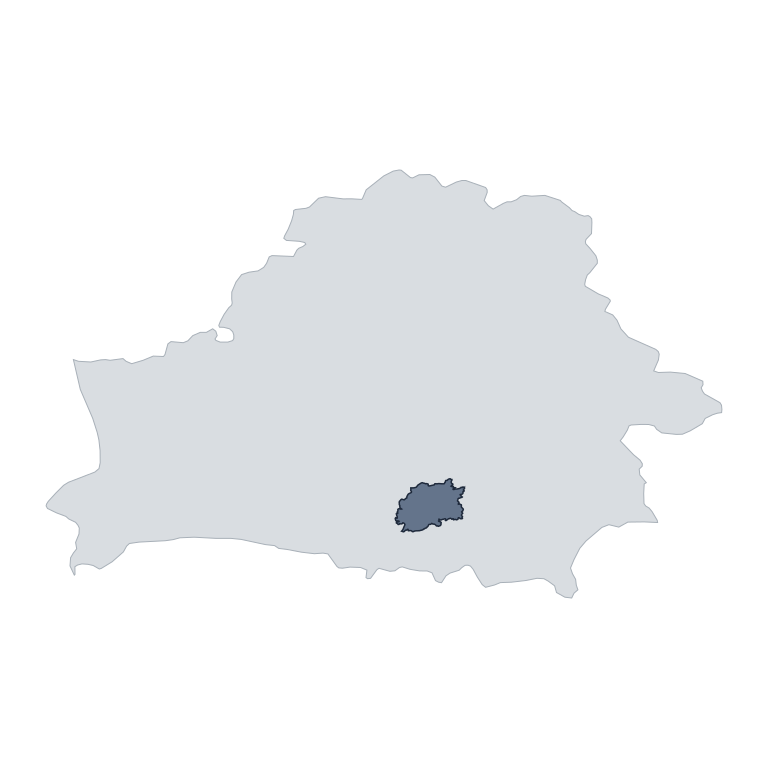 Pyetrykaw, Gomel, Belarus (highlighted)
{"feature_id": "67162791B78152292733501", "entity_name": "Pyetrykaw", "entity_type": "district", "adm_level": 2, "iso_a3": "BLR", "parent_name": "Belarus", "parent_adm1": "Gomel", "projection": "equal_earth", "projection_center": [28.643, 52.294], "detail": "fine", "context": "in_parent", "style": "filled", "palette": "slate", "viewbox_px": 768, "rotation_deg": 0, "n_neighbors": 0, "source": "geoboundaries", "source_scale": "gbopen_adm2", "svg_char_len": 9374}
<svg xmlns="http://www.w3.org/2000/svg" viewBox="0 0 768 768"><path d="M657.6,522.5L644.1,521.9L627.8,522.1L618.8,527.1L608.9,524.7L601.9,527.4L586.0,541.0L579.8,548.3L574.0,559.6L570.5,568.0L572.5,573.8L575.6,579.3L576.3,585.2L577.9,589.8L574.0,593.2L571.7,598.0L564.9,597.2L556.5,592.5L554.6,585.8L548.2,581.1L543.9,578.7L537.0,578.3L525.9,580.5L511.4,582.2L500.4,582.6L494.5,585.0L485.6,587.3L482.2,584.6L477.3,577.0L473.2,569.4L470.5,566.1L468.0,565.2L465.1,565.3L461.7,567.7L459.2,570.2L450.0,573.1L446.0,575.8L441.5,582.7L438.6,582.2L435.5,580.6L432.0,572.8L427.2,571.0L419.6,570.9L410.0,569.3L402.3,566.9L399.5,567.5L394.9,570.8L389.9,571.3L379.0,568.3L376.9,569.7L370.6,578.3L367.6,578.7L366.0,577.6L366.9,570.1L360.6,567.5L350.0,567.1L342.5,568.2L338.8,567.9L336.9,566.4L327.9,553.9L323.0,553.1L314.4,553.7L301.6,552.2L286.8,549.4L278.7,548.4L274.6,545.6L265.5,544.6L241.2,539.4L231.2,538.4L216.6,538.4L194.2,537.2L179.9,537.8L173.2,539.6L165.5,540.7L139.0,542.1L129.4,543.5L126.6,546.1L123.4,551.9L112.1,561.8L101.3,568.4L99.3,569.0L93.2,565.5L88.0,564.3L82.0,563.9L77.6,565.0L74.9,566.7L75.0,574.4L74.3,575.1L70.0,565.9L70.6,557.7L73.4,553.0L76.7,548.8L75.6,542.4L79.0,534.0L79.3,528.0L78.0,525.3L75.6,522.3L68.8,519.0L65.9,516.4L56.6,512.9L47.5,508.5L46.1,505.9L46.6,504.0L48.3,501.3L55.7,493.2L63.6,485.3L68.6,482.2L94.8,472.1L99.0,468.6L100.2,462.7L100.1,450.7L98.9,439.9L97.2,432.4L92.7,418.3L80.3,389.4L73.4,359.6L78.5,361.3L90.8,362.0L100.6,359.9L105.6,359.6L110.1,360.3L123.0,358.6L126.1,361.3L131.7,363.7L143.1,360.3L153.2,356.1L163.5,356.5L165.0,354.5L167.9,343.9L171.0,341.6L183.3,342.7L187.9,340.8L192.8,335.6L200.2,332.4L206.3,332.4L212.7,328.8L215.8,331.2L217.2,335.6L215.0,339.0L215.9,340.4L220.2,342.1L227.8,342.1L232.6,340.6L233.8,338.6L233.8,335.0L232.7,331.7L229.6,328.8L223.6,327.3L219.5,327.2L218.8,325.4L220.3,321.5L224.2,314.2L228.8,307.7L231.6,305.2L232.2,303.0L231.7,299.0L231.8,292.0L236.0,282.0L241.6,274.6L249.0,272.2L258.0,270.9L263.7,267.4L266.6,263.3L269.2,256.9L272.0,255.6L293.5,256.5L296.9,250.1L298.7,248.3L302.9,246.5L305.8,244.2L304.7,242.5L299.3,241.3L286.4,240.4L283.8,238.3L284.7,235.7L288.2,229.2L291.6,220.8L293.4,214.4L293.7,210.5L295.5,209.5L306.0,208.3L309.5,207.0L318.6,198.2L325.5,196.7L343.2,198.9L351.3,198.8L361.7,199.4L362.5,198.5L366.2,189.8L383.8,175.9L393.2,171.1L399.1,170.0L401.2,170.2L410.5,177.6L412.7,177.9L419.0,174.8L429.8,174.5L434.8,177.1L441.9,186.1L445.6,187.2L456.2,182.1L461.9,180.5L465.8,180.5L485.6,187.5L487.1,189.8L487.2,192.4L484.2,200.6L488.3,205.7L493.1,209.1L503.3,203.4L507.1,201.8L511.2,201.8L516.6,199.7L520.6,196.5L524.4,195.4L531.7,196.2L544.9,195.4L560.3,200.4L561.6,201.9L569.4,207.7L572.1,210.6L574.7,211.6L578.8,214.4L584.3,216.2L588.1,215.6L589.9,216.6L591.7,218.8L591.9,222.6L591.5,233.6L586.1,239.3L585.4,241.3L585.7,243.7L590.1,248.5L595.9,255.8L597.3,260.1L597.3,263.3L589.8,272.7L587.3,275.0L585.6,279.6L584.7,284.3L585.3,286.3L598.3,293.9L607.9,298.0L610.1,300.0L610.3,301.2L605.4,309.3L604.9,311.5L612.7,314.9L617.0,320.2L620.9,328.9L628.4,337.2L655.8,349.4L658.3,351.6L659.2,354.2L658.4,360.0L653.7,370.9L658.4,372.5L670.4,372.1L685.1,373.5L702.8,381.2L703.0,384.7L701.2,387.8L702.5,391.2L704.5,394.0L720.0,402.7L721.5,405.2L721.9,409.5L721.6,412.6L717.4,413.2L712.7,414.7L705.2,418.4L702.3,423.7L690.1,430.9L682.5,434.2L676.4,434.4L661.8,432.9L656.6,429.3L654.4,426.0L648.8,424.5L641.3,424.4L631.1,425.0L629.0,425.9L627.4,430.0L623.2,436.9L620.2,440.8L633.4,454.6L640.1,460.2L642.3,463.7L642.2,466.2L639.2,469.1L639.8,474.9L646.3,482.7L644.2,483.9L643.7,493.4L644.0,503.6L645.7,506.0L649.2,508.1L652.2,511.8L657.2,520.3L657.6,522.5Z" fill="#d9dde1" stroke="#a8b0b8" stroke-width="1"/><path d="M424.5,528.9L424.6,528.7L425.0,528.4L425.2,528.2L425.6,528.1L426.1,528.0L426.4,527.9L426.8,527.5L426.8,527.3L427.4,526.8L427.8,526.5L428.0,526.2L428.2,525.8L428.4,525.5L428.5,525.1L428.6,524.8L428.9,524.5L429.3,524.4L429.8,524.4L430.3,524.4L430.6,524.3L430.9,524.2L431.1,524.0L431.4,523.7L431.6,523.5L431.8,523.4L432.2,523.6L432.5,523.8L432.7,524.0L433.3,524.1L433.8,524.1L434.5,524.2L435.2,524.6L435.8,525.1L436.0,525.4L436.4,525.9L436.8,525.9L437.3,525.9L437.7,525.9L438.0,526.2L438.4,526.3L438.8,526.2L439.1,526.0L439.5,525.8L439.9,525.8L440.4,525.5L440.7,525.2L440.8,524.8L441.0,524.5L441.0,524.0L440.9,523.7L441.0,523.3L441.2,523.0L441.2,522.6L441.0,522.3L440.6,522.0L440.2,521.7L439.4,521.6L438.7,521.3L438.6,521.1L439.0,520.9L439.1,520.7L439.1,520.3L439.0,520.0L438.9,519.7L438.9,519.2L439.2,519.2L439.7,519.4L440.1,519.8L440.3,520.0L440.9,520.0L441.3,519.9L441.6,519.7L442.3,519.4L443.2,519.3L443.8,519.1L444.2,519.0L444.7,518.8L445.0,518.7L445.5,518.9L445.7,519.3L445.8,519.6L445.6,520.0L445.4,520.3L445.8,520.6L446.4,520.4L446.7,520.1L447.3,519.7L447.8,519.3L448.2,519.0L448.6,518.7L449.3,518.7L450.0,518.3L450.6,518.3L451.0,518.5L451.4,518.9L451.5,519.1L451.9,519.2L452.2,519.1L452.5,518.9L452.8,518.7L453.3,518.8L453.4,519.0L453.4,519.6L453.6,519.8L454.1,519.7L454.3,519.6L454.7,519.4L455.1,519.4L455.5,519.4L455.8,519.5L456.0,519.7L456.3,519.8L456.8,519.8L457.2,519.6L457.5,519.5L457.9,519.3L458.0,519.1L458.1,518.8L458.1,518.4L458.2,518.0L458.6,517.7L459.2,517.8L459.6,518.1L460.0,518.4L460.2,518.7L460.5,518.7L461.1,518.7L461.5,518.8L461.9,518.7L462.1,518.7L462.4,518.4L462.1,518.0L462.0,517.6L462.3,517.1L462.5,516.9L462.5,516.6L462.4,516.3L461.8,515.9L461.5,515.5L461.5,514.8L461.9,514.2L462.2,513.8L462.7,513.2L462.3,512.7L461.8,512.2L461.6,511.9L461.8,511.6L462.1,511.4L462.4,511.2L462.7,511.0L462.9,510.7L462.9,510.3L463.0,510.2L463.2,509.8L463.3,509.5L463.3,509.2L463.2,509.0L462.9,508.6L462.4,508.1L462.0,507.7L461.5,507.3L461.3,506.8L461.4,506.4L461.4,505.6L461.4,505.0L461.2,504.7L460.4,504.5L460.0,504.3L459.7,503.9L459.4,504.0L458.8,504.1L458.4,504.2L458.4,503.5L458.6,503.1L458.8,502.7L459.0,502.3L458.7,501.9L458.2,501.6L457.8,501.2L457.5,500.9L457.6,500.4L457.9,499.9L457.9,499.3L458.0,498.9L458.5,498.3L459.3,498.2L459.9,498.1L460.2,497.8L460.7,497.6L461.4,497.5L461.9,497.4L462.3,497.0L461.7,496.5L461.2,496.2L461.0,495.8L461.0,495.5L460.4,495.1L460.1,494.8L460.3,494.5L460.9,494.4L461.6,494.3L462.2,494.1L462.5,493.9L462.8,493.6L462.9,493.3L463.0,492.9L462.9,492.5L462.9,491.9L463.3,491.6L463.7,491.5L464.1,491.0L464.1,490.6L463.7,490.4L463.4,490.1L463.4,489.8L463.8,489.4L464.0,489.0L464.5,488.6L464.5,488.1L464.5,487.5L464.4,487.6L463.9,487.5L463.4,487.2L463.0,486.9L462.7,487.1L462.4,487.5L462.1,487.6L461.9,487.4L461.1,487.3L460.6,487.9L459.8,488.3L459.0,488.6L458.5,488.7L458.0,488.8L457.1,489.0L456.7,489.0L456.2,489.0L455.5,489.0L454.9,489.2L454.4,489.4L453.7,489.5L453.4,489.5L453.1,489.4L453.1,489.2L453.4,488.8L453.8,488.5L454.4,488.1L455.0,487.7L454.5,487.6L453.8,487.7L453.3,487.7L453.3,487.3L453.3,486.7L453.3,486.4L452.7,486.2L452.3,486.5L451.5,486.5L451.0,486.2L451.3,485.8L452.0,485.1L452.5,484.8L452.9,484.3L452.8,484.0L452.3,483.7L451.7,483.3L451.3,482.8L451.2,482.3L451.2,481.7L451.5,480.9L451.6,480.6L452.0,480.0L451.9,479.5L451.3,479.5L450.6,479.2L450.3,478.8L449.6,478.8L448.4,479.2L447.8,479.7L447.1,480.4L446.3,480.4L445.8,480.5L445.4,481.2L445.3,481.7L445.2,482.3L444.8,482.6L444.6,483.0L444.3,483.6L444.0,483.8L443.1,483.8L441.8,483.8L440.6,483.7L439.2,483.6L438.3,483.6L437.3,483.8L436.4,483.8L435.5,483.7L434.8,483.8L434.5,484.3L434.3,484.8L433.6,485.0L432.8,485.2L431.8,485.4L430.6,485.7L429.6,485.9L428.7,485.9L428.2,485.6L428.2,485.0L428.2,484.2L427.7,483.9L426.6,483.6L426.0,483.7L425.3,483.7L424.6,483.3L423.6,483.2L422.9,482.9L422.2,482.7L421.2,483.0L420.1,483.7L419.0,484.4L418.0,485.0L417.1,486.1L416.9,486.5L416.3,487.2L415.3,487.5L414.1,487.8L413.0,487.9L411.8,487.9L410.8,487.9L410.8,488.2L410.8,489.0L410.9,489.9L410.7,490.4L411.1,491.1L411.4,491.4L411.5,491.9L411.4,492.3L411.0,492.7L410.3,493.0L409.5,493.4L408.7,493.8L408.1,494.3L407.7,495.0L407.3,495.7L407.1,496.2L406.8,496.9L406.8,497.9L406.0,498.3L405.5,498.6L405.1,499.0L404.9,499.3L404.2,499.8L403.5,499.7L402.7,499.4L401.9,499.2L401.5,499.2L400.9,499.7L400.3,500.5L399.4,501.4L399.2,502.4L399.3,503.4L399.3,504.5L399.9,505.9L399.8,506.8L400.0,507.6L400.3,508.1L401.2,508.7L401.6,509.0L401.0,509.2L400.4,508.9L399.3,508.7L398.7,508.8L398.0,509.2L397.8,509.6L397.9,510.1L397.9,510.8L397.6,511.6L397.2,512.0L397.1,512.4L397.3,512.7L397.8,512.9L397.8,513.2L397.3,513.5L396.9,513.6L396.3,513.9L396.6,514.7L396.7,515.5L397.2,516.4L397.3,517.2L397.3,517.9L397.1,518.2L396.6,518.2L396.2,517.9L395.9,517.6L395.5,517.9L395.2,518.7L395.4,519.2L395.5,519.8L395.7,520.2L395.8,520.6L396.2,520.9L397.0,520.9L397.6,520.9L398.5,521.0L399.1,521.3L398.7,521.8L397.7,521.8L396.7,522.0L396.4,522.4L396.4,523.0L397.2,523.4L397.8,524.0L398.2,524.5L399.0,524.4L399.4,524.1L399.6,523.7L400.2,523.8L401.1,523.9L402.0,523.8L402.5,523.4L402.7,522.9L403.4,522.9L404.2,523.4L404.9,524.3L404.7,525.3L404.4,525.9L403.9,527.0L403.6,527.8L403.3,528.6L403.0,529.4L402.7,529.8L401.9,530.9L401.6,531.2L402.5,531.5L403.3,531.8L403.9,531.7L404.6,531.2L404.8,530.9L405.4,530.3L405.9,530.1L406.5,530.1L406.8,530.1L407.4,529.4L407.9,529.3L408.3,530.0L408.4,530.7L408.9,530.8L409.5,530.6L410.1,530.6L410.9,530.6L411.6,530.9L412.0,531.3L412.3,531.6L413.0,531.7L413.7,531.5L414.2,531.2L414.8,531.0L415.5,530.9L416.5,530.8L417.7,530.8L418.8,530.7L419.5,530.7L420.5,530.4L421.9,530.1L423.0,529.7L423.4,529.2L423.6,529.0L424.5,528.9Z" fill="#64748b" stroke="#1e293b" stroke-width="1.5"/></svg>